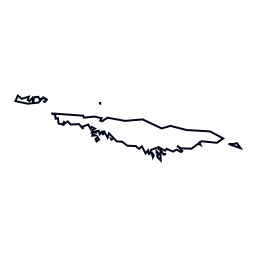 outline of Kepulauan Yapen, Papua, Indonesia
{"feature_id": "22746128B96094928872069", "entity_name": "Kepulauan Yapen", "entity_type": "district", "adm_level": 2, "iso_a3": "IDN", "parent_name": "Indonesia", "parent_adm1": "Papua", "projection": "robinson", "projection_center": [135.942, -1.72], "detail": "medium", "context": "isolated", "style": "outline", "palette": "ink", "viewbox_px": 256, "rotation_deg": 0, "n_neighbors": 0, "source": "geoboundaries", "source_scale": "gbopen_adm2", "svg_char_len": 1860}
<svg xmlns="http://www.w3.org/2000/svg" viewBox="0 0 256 256"><path d="M83.3,115.7L51.3,113.4L55.1,114.8L55.7,118.7L57.9,118.2L58.6,123.6L63.1,124.4L64.1,121.0L63.7,124.4L67.7,121.3L70.6,124.5L79.0,124.1L81.5,127.0L88.3,124.6L90.6,129.0L91.7,127.0L95.0,128.7L92.4,130.2L91.8,132.5L98.6,130.7L99.8,134.2L101.4,132.2L103.6,135.0L102.1,131.7L104.1,131.4L107.6,137.6L109.0,133.3L116.7,141.4L122.1,141.7L127.4,145.7L135.9,146.1L139.0,148.9L141.9,146.4L145.6,153.5L147.9,150.4L148.9,154.0L149.5,153.9L150.9,150.0L158.6,147.1L165.0,150.7L166.6,148.8L173.0,151.6L176.6,149.6L181.0,152.1L182.3,150.9L177.1,145.7L180.8,148.3L191.5,148.7L198.4,143.6L200.5,144.8L199.4,142.3L201.9,141.3L216.9,142.8L223.2,138.4L210.0,131.4L186.5,130.0L170.5,125.9L161.6,128.4L142.6,119.4L125.2,120.9L107.5,117.7L102.0,121.3L100.3,120.7L101.6,118.2L94.5,116.6L83.8,117.6L83.3,115.7ZM17.8,95.6L15.4,101.1L27.7,103.7L38.4,102.6L42.9,97.9L39.8,99.5L38.2,96.8L34.1,97.3L33.2,102.9L32.3,98.0L29.5,101.1L27.8,100.0L28.8,96.7L21.8,98.8L17.8,95.6ZM237.0,143.2L233.3,144.0L228.6,144.0L240.6,148.2L237.0,143.2ZM157.3,153.1L157.3,156.9L160.7,160.4L160.4,152.9L158.5,154.9L157.3,153.1ZM97.6,137.2L95.5,139.1L96.6,141.4L99.0,139.7L97.6,137.2ZM153.8,155.3L151.3,151.8L152.9,157.4L153.8,155.3ZM166.1,154.0L163.2,154.0L163.6,154.7L166.1,154.0ZM95.3,135.4L92.7,134.0L92.2,135.7L95.3,135.4ZM162.1,152.0L160.7,150.6L160.5,152.7L162.1,152.0ZM97.0,132.7L95.2,132.1L95.2,132.6L97.0,132.7ZM157.6,152.5L156.6,151.3L156.6,152.5L157.6,152.5ZM46.0,101.1L46.7,99.8L46.0,99.8L46.0,101.1ZM44.2,101.4L43.2,102.0L44.5,101.7L44.2,101.4ZM100.2,103.1L99.1,103.2L100.2,103.6L100.2,103.1ZM45.0,98.3L44.0,97.8L44.3,98.6L45.0,98.3ZM158.9,149.3L159.4,148.5L158.7,149.1L158.9,149.3ZM112.0,139.3L111.1,138.9L111.5,139.7L112.0,139.3ZM83.6,127.6L82.4,128.0L82.7,128.3L83.6,127.6Z" fill="none" stroke="#020617" stroke-width="2"/></svg>